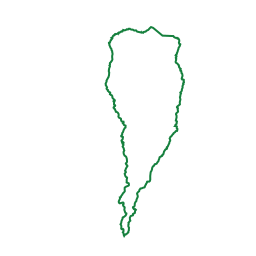 outline of Brasnorte, Mato Grosso, Brazil, rotated 200°
{"feature_id": "56859067B6755014531550", "entity_name": "Brasnorte", "entity_type": "district", "adm_level": 2, "iso_a3": "BRA", "parent_name": "Brazil", "parent_adm1": "Mato Grosso", "projection": "natural_earth1", "projection_center": [-58.045, -12.097], "detail": "fine", "context": "isolated", "style": "outline", "palette": "green", "viewbox_px": 256, "rotation_deg": 200, "n_neighbors": 0, "source": "geoboundaries", "source_scale": "gbopen_adm2", "svg_char_len": 5810}
<svg xmlns="http://www.w3.org/2000/svg" viewBox="0 0 256 256"><g transform="rotate(200 128 128)"><path d="M141.6,137.9L141.1,136.8L141.0,135.6L140.2,134.7L138.0,134.4L137.7,134.2L137.2,133.0L136.2,132.0L135.4,132.0L134.4,132.4L134.0,131.8L134.3,130.6L133.7,130.5L132.9,129.5L131.1,129.4L130.5,127.6L131.1,126.7L131.4,124.5L131.3,122.4L131.7,121.2L131.2,119.7L131.7,118.5L131.7,118.1L131.2,117.7L129.8,117.9L129.6,117.7L129.2,115.4L129.8,114.2L129.8,113.9L129.3,113.3L127.5,113.0L127.1,112.7L127.1,112.2L128.2,111.9L127.6,111.2L126.6,110.8L126.4,110.0L126.7,109.3L126.7,108.7L125.0,107.4L124.6,106.5L123.8,105.6L124.0,104.0L123.2,102.3L121.8,100.9L120.5,100.6L119.8,100.2L118.6,98.7L117.4,96.1L117.4,95.0L117.9,94.2L117.9,93.8L117.0,93.0L115.8,92.5L115.5,92.0L115.9,90.4L116.1,88.8L116.0,87.8L116.2,87.0L116.1,86.7L115.3,86.3L114.9,85.8L115.5,83.9L114.1,82.0L113.1,81.3L112.1,81.2L111.8,80.9L111.5,78.7L110.9,77.4L110.8,76.5L110.6,76.3L108.5,76.3L108.2,76.0L107.7,74.9L107.6,74.6L107.8,74.0L109.8,72.2L110.7,70.9L110.3,69.5L109.4,67.6L109.7,66.3L110.5,64.7L110.5,63.7L111.1,62.0L111.1,60.5L111.3,60.3L111.9,60.0L111.5,59.4L111.4,58.6L111.6,55.9L111.0,54.7L109.9,54.4L107.6,56.1L107.0,56.3L106.6,56.1L106.1,55.1L106.5,54.2L106.2,53.7L105.3,52.8L104.5,52.7L103.9,52.1L103.5,49.9L101.6,47.5L100.3,47.2L100.1,46.4L100.3,45.6L100.2,45.1L101.3,43.2L102.2,42.4L102.4,42.0L102.1,41.2L102.3,38.3L101.9,36.5L102.1,34.9L101.3,34.4L100.8,33.7L100.2,32.2L100.1,31.4L99.5,30.8L98.9,30.8L98.2,31.4L97.6,31.1L97.2,30.3L96.9,29.3L97.2,28.2L96.1,27.5L95.4,26.0L94.7,25.3L94.4,26.7L93.6,27.2L93.4,27.9L92.7,28.5L92.0,30.2L92.3,30.6L92.2,32.4L92.6,33.1L92.9,34.6L94.0,35.6L94.6,37.2L94.5,38.0L95.2,39.1L94.8,39.9L94.7,40.7L94.1,41.6L94.2,41.9L94.8,42.5L95.6,44.3L95.4,46.1L94.0,47.3L93.6,47.5L93.5,47.8L93.5,48.2L93.8,48.6L93.9,49.0L92.5,50.6L93.0,52.5L92.6,53.8L93.5,54.2L94.7,53.8L96.1,54.8L96.2,55.4L95.5,55.9L95.2,56.6L95.3,58.0L95.7,58.8L95.8,59.7L95.7,60.9L95.2,62.2L95.5,63.6L95.3,66.7L95.8,67.8L97.0,69.3L97.1,69.7L96.6,71.3L95.9,72.4L96.1,73.7L95.6,75.4L94.6,75.9L93.1,77.3L92.2,77.8L92.1,78.0L92.1,80.1L91.8,81.1L91.9,81.8L91.5,83.2L91.7,83.9L91.6,84.2L89.7,84.9L89.3,85.7L89.4,87.0L90.7,90.5L91.6,94.3L91.3,95.7L91.3,97.5L91.6,98.4L91.6,99.6L91.1,101.1L90.7,101.4L90.6,101.6L90.6,102.8L90.2,103.4L89.6,103.6L88.9,104.3L88.6,106.0L88.1,107.0L88.2,108.8L88.1,109.7L88.3,111.3L88.1,111.6L87.2,112.5L86.9,113.5L86.4,113.5L86.3,113.8L86.3,114.9L85.9,115.2L85.8,115.6L86.1,118.3L85.7,119.6L85.6,120.4L85.1,121.2L84.6,121.4L84.3,121.9L84.4,122.5L84.8,122.7L85.0,123.0L84.9,123.4L84.4,124.0L84.3,124.4L84.2,126.5L84.0,127.6L84.3,129.0L84.0,130.4L84.2,131.1L85.3,132.4L85.0,133.7L85.1,134.3L84.4,135.1L83.8,137.4L83.4,137.8L83.4,138.7L82.3,140.3L82.1,141.2L81.7,141.8L80.9,142.1L81.0,143.3L81.3,144.1L82.0,144.3L82.3,144.8L82.6,146.1L83.8,146.2L84.4,146.0L84.2,146.6L84.5,146.9L84.5,147.2L83.8,148.5L83.8,148.8L84.2,149.9L84.1,150.6L84.3,150.9L84.6,151.1L85.6,151.3L86.0,154.7L86.7,156.4L87.4,157.0L87.7,157.6L87.6,158.4L86.6,160.3L86.7,160.9L87.6,162.2L87.7,163.3L87.9,163.7L88.2,164.0L89.0,164.0L89.2,164.4L89.0,165.1L87.3,167.9L88.2,170.0L88.5,172.7L89.8,174.8L89.7,175.6L90.1,177.2L90.0,178.5L90.8,178.9L91.0,179.2L90.4,180.3L90.2,181.5L90.6,182.7L90.5,184.5L90.7,185.3L91.1,185.8L91.1,187.1L90.8,188.1L91.5,188.8L91.5,189.1L91.0,189.9L91.2,190.4L91.6,190.7L91.6,191.2L92.1,192.4L93.2,192.4L93.6,192.1L94.4,192.6L94.6,194.2L94.5,194.9L94.7,195.9L95.5,197.3L96.1,197.8L96.4,197.8L97.5,199.8L97.8,200.0L98.3,199.8L98.9,200.5L98.7,201.6L100.4,202.3L101.1,203.0L101.1,203.6L101.8,204.2L102.0,204.6L102.6,204.7L103.5,205.4L105.1,205.7L105.5,205.9L105.9,206.5L106.1,208.7L106.6,209.3L106.5,209.9L107.1,210.4L106.9,211.1L106.9,211.9L108.1,212.4L108.0,213.2L107.5,213.5L107.5,214.8L107.7,215.1L107.5,216.6L107.7,218.3L107.6,219.3L107.9,220.5L107.4,222.6L107.5,224.6L107.8,224.7L108.2,224.4L108.4,224.7L108.8,224.8L109.4,225.7L109.5,227.1L109.9,228.1L111.2,229.3L111.5,229.4L112.1,228.9L112.7,229.5L114.1,229.0L115.6,229.1L116.8,229.9L127.2,226.6L138.7,230.7L140.9,230.7L141.7,229.2L142.5,227.1L143.8,225.9L144.4,224.6L146.0,223.7L146.3,222.7L147.3,222.7L147.6,222.3L148.2,222.3L148.4,222.5L148.5,222.2L152.4,221.7L153.9,222.5L155.5,221.7L157.2,222.1L158.1,221.7L159.4,221.6L160.2,221.9L161.4,221.4L161.4,220.9L161.8,220.5L163.0,220.3L163.5,219.4L164.5,218.6L165.9,218.5L165.8,218.1L166.3,217.7L166.2,216.9L166.4,216.7L166.6,216.8L167.2,216.6L167.2,216.2L168.0,215.7L168.3,215.0L168.9,214.7L169.0,214.3L169.1,214.5L169.4,214.5L170.4,212.7L171.8,211.9L172.1,212.0L172.4,211.7L172.3,210.9L172.5,210.4L173.1,210.3L173.6,209.2L173.6,207.4L173.9,207.5L174.2,207.2L173.4,206.9L173.5,206.3L174.0,205.7L173.9,205.4L173.9,204.9L174.3,204.5L174.2,202.6L175.1,201.6L175.0,201.3L174.7,200.9L174.2,200.8L173.9,199.6L172.6,198.3L172.2,197.7L171.6,197.2L170.8,196.8L169.9,195.3L169.2,194.9L168.7,193.7L168.2,193.1L167.7,191.8L167.6,190.6L167.2,189.3L166.1,187.1L166.1,185.7L166.6,184.7L166.6,183.9L167.2,183.0L167.2,182.6L166.6,181.4L166.8,180.4L166.3,180.2L166.0,179.6L166.1,178.4L166.0,176.6L165.7,176.2L165.6,175.1L165.2,174.3L164.7,173.9L163.8,170.7L163.9,170.0L163.7,169.3L163.9,168.6L164.4,165.1L164.0,164.4L164.2,162.0L163.8,161.6L163.7,160.8L161.8,159.3L161.5,158.9L161.7,158.2L161.6,157.6L160.8,157.0L159.9,156.9L159.6,156.0L158.8,155.8L157.9,155.2L157.0,155.3L156.7,155.0L156.5,153.5L155.6,153.4L155.4,153.2L154.5,153.2L153.6,152.5L153.1,151.3L152.5,150.7L151.5,150.4L150.8,149.8L149.9,149.6L149.8,149.3L150.1,149.2L150.8,148.4L150.7,148.0L149.9,147.8L149.6,146.4L149.3,145.8L149.2,145.3L148.6,144.9L148.0,145.0L147.7,144.7L147.7,144.2L148.1,143.9L148.6,142.4L148.4,142.0L147.7,141.8L147.3,141.3L146.6,141.2L146.1,140.4L145.7,140.1L145.0,139.1L144.4,139.3L142.8,138.9L141.6,137.9Z" fill="none" stroke="#15803d" stroke-width="2"/></g></svg>